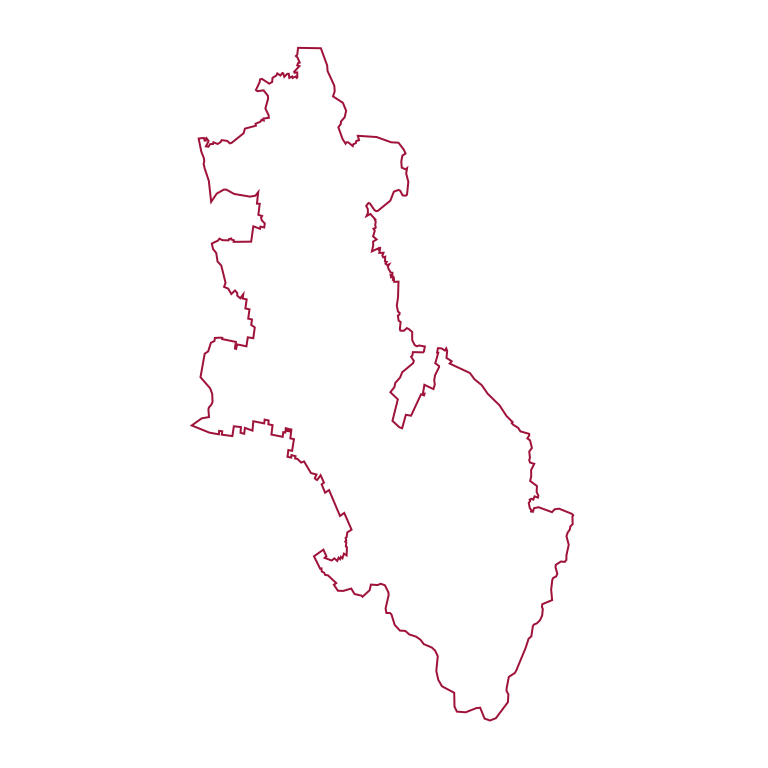 the district of Coyutla, Veracruz, Mexico, rotated 181°
{"feature_id": "50627088B32683374106398", "entity_name": "Coyutla", "entity_type": "district", "adm_level": 2, "iso_a3": "MEX", "parent_name": "Mexico", "parent_adm1": "Veracruz", "projection": "equal_earth", "projection_center": [-97.666, 20.334], "detail": "fine", "context": "isolated", "style": "outline", "palette": "rose", "viewbox_px": 768, "rotation_deg": 181, "n_neighbors": 0, "source": "geoboundaries", "source_scale": "gbopen_adm2", "svg_char_len": 6148}
<svg xmlns="http://www.w3.org/2000/svg" viewBox="0 0 768 768"><g transform="rotate(181 384 384)"><path d="M226.8,147.5L223.8,150.7L221.8,155.4L221.3,161.8L222.2,163.9L221.9,166.6L212.1,170.9L213.3,181.3L212.3,191.2L211.4,193.1L208.5,194.6L207.4,197.3L209.3,203.7L209.1,206.2L204.0,209.6L200.1,209.3L198.6,211.4L198.6,216.0L196.5,226.4L198.9,235.1L197.7,238.8L195.8,241.4L195.1,245.0L192.9,247.2L193.3,254.8L192.5,256.1L194.0,257.5L206.8,262.4L211.2,261.7L213.8,258.8L227.3,263.5L231.8,262.5L232.9,258.8L234.8,259.1L234.5,260.5L236.0,262.3L237.2,267.6L235.7,269.7L236.3,270.9L234.7,271.8L232.7,271.0L231.5,274.3L228.1,273.1L227.7,275.1L229.5,278.6L229.3,284.7L236.2,289.6L235.2,294.2L235.4,300.6L232.4,306.8L236.6,308.0L237.5,310.3L236.8,312.9L237.6,319.0L235.0,322.6L237.0,330.2L239.7,332.1L237.9,335.1L238.0,336.7L246.8,339.0L249.1,342.5L254.2,345.6L255.6,347.1L254.7,348.1L261.0,354.2L268.2,364.8L280.2,376.1L286.2,384.5L293.7,390.4L298.2,396.4L318.7,405.6L316.7,407.9L322.0,411.2L321.4,418.2L322.4,420.7L323.7,418.5L327.1,420.6L330.6,420.8L331.5,416.3L330.3,416.2L333.1,405.7L329.3,402.9L329.2,401.9L333.0,393.9L333.9,388.7L333.2,384.3L334.5,379.8L343.6,383.9L344.9,375.1L343.3,375.1L343.8,373.3L346.8,374.3L356.4,352.8L361.6,353.6L365.1,340.1L367.9,341.0L374.9,347.3L369.9,368.9L377.5,375.9L373.5,381.1L372.8,385.2L368.0,390.8L366.0,396.1L355.3,405.3L354.6,407.7L357.4,411.7L356.2,412.8L355.6,416.4L345.5,416.3L344.7,417.1L343.8,422.2L349.4,423.1L352.0,422.3L354.0,423.5L356.6,428.4L356.7,436.5L359.9,439.2L362.2,440.3L365.0,437.6L368.5,437.6L369.1,439.3L368.5,446.3L370.5,447.6L371.3,452.6L369.8,453.7L369.6,455.4L371.3,456.7L372.6,462.6L371.5,470.9L371.3,486.6L375.6,486.3L376.0,489.6L376.8,488.9L376.6,491.1L378.7,490.7L379.3,493.2L377.5,493.0L377.5,495.4L379.4,495.7L381.5,499.3L382.2,501.6L380.9,503.8L382.8,503.0L384.6,504.3L383.4,506.2L385.2,506.6L385.0,511.3L387.0,510.6L387.9,512.4L386.8,515.2L391.0,515.0L390.2,520.0L391.3,520.0L391.6,518.1L393.0,519.1L398.4,516.4L397.2,522.5L397.4,526.2L393.9,528.4L397.5,531.4L395.9,537.0L397.2,539.1L395.3,539.7L395.0,540.9L395.6,542.5L395.1,546.3L396.0,547.9L395.5,548.3L400.6,553.8L404.4,551.6L403.0,555.1L403.3,558.8L404.9,561.7L402.7,564.7L401.2,564.2L396.8,558.0L395.0,556.7L393.2,557.0L380.9,567.4L377.5,576.5L372.9,578.3L371.1,577.4L368.7,572.9L365.5,572.7L364.3,573.7L363.2,586.6L365.5,594.8L364.7,600.2L366.1,599.0L370.0,600.6L370.6,606.6L369.6,612.7L366.5,614.8L368.3,618.7L373.7,625.5L381.1,625.8L395.7,630.8L414.5,631.7L413.2,627.3L415.9,626.6L416.3,624.5L419.1,623.0L419.4,621.4L424.0,625.0L425.7,625.0L426.6,623.6L429.8,628.4L434.1,639.9L431.7,643.3L431.6,645.7L428.0,650.0L426.6,656.5L430.0,664.4L440.0,670.7L438.4,675.8L438.9,681.4L445.9,696.0L446.4,701.6L453.0,718.6L475.8,718.6L476.5,711.6L477.8,710.4L476.2,709.0L473.9,703.9L475.5,703.4L476.3,701.1L474.1,700.4L479.3,694.6L478.9,693.6L476.2,694.0L476.0,689.1L476.6,688.5L477.8,689.9L480.7,688.4L481.2,689.9L484.0,688.4L484.6,692.5L486.1,692.4L489.1,689.4L490.1,692.8L491.0,693.2L492.9,690.6L496.1,692.7L497.1,690.5L500.8,688.2L501.1,684.0L504.0,682.3L511.3,686.9L513.2,686.4L513.7,683.4L517.2,675.7L515.7,674.6L509.5,675.5L505.1,670.1L504.9,667.1L507.4,657.4L504.1,650.8L503.8,648.1L509.3,647.3L508.8,645.4L511.2,645.9L512.1,644.1L517.0,642.0L516.6,640.0L527.5,636.9L528.8,632.2L540.5,622.5L542.3,621.9L545.0,624.3L550.6,625.0L551.6,623.0L554.5,621.1L558.8,622.7L559.2,621.0L562.1,620.8L563.6,618.2L566.2,618.5L563.6,623.9L565.9,626.9L566.9,626.0L566.5,624.3L567.5,624.2L568.5,626.9L573.6,626.2L570.8,613.4L568.1,606.8L567.6,603.6L568.2,601.1L567.1,596.5L562.7,584.1L560.0,563.1L554.6,571.4L547.5,575.6L545.1,575.6L537.1,571.4L521.2,569.0L515.9,570.0L513.1,573.7L514.2,562.1L511.4,562.0L512.6,551.0L508.8,549.8L509.8,548.1L509.1,545.6L506.0,542.4L506.5,538.4L510.3,539.2L510.6,537.0L517.4,539.4L519.3,524.0L536.8,523.5L536.6,525.1L539.0,525.7L539.3,526.8L541.5,526.2L541.9,524.9L548.2,525.0L551.0,526.5L552.5,524.5L558.6,521.4L557.3,516.0L554.0,512.0L552.6,503.6L548.8,499.7L544.2,482.5L545.6,478.3L541.4,476.6L538.2,471.3L534.6,474.9L532.3,472.4L532.3,469.8L529.2,467.2L526.3,471.2L526.8,467.0L522.8,466.2L523.9,457.1L519.8,456.3L520.9,447.0L517.1,446.2L517.8,440.8L514.2,438.3L515.5,427.5L521.0,428.3L522.2,419.3L531.5,421.0L532.5,416.5L533.7,416.9L532.8,423.5L546.6,426.1L546.5,427.3L548.0,427.5L553.9,427.1L554.3,424.0L557.8,422.2L560.4,413.5L563.8,411.2L567.6,387.6L557.7,376.6L555.6,371.1L555.1,363.3L556.1,360.5L558.7,357.4L559.1,355.3L558.4,347.9L565.6,346.5L575.5,339.2L557.7,332.3L548.2,330.8L548.0,334.3L544.9,333.9L545.3,330.5L534.7,329.3L533.4,339.1L526.3,338.4L526.6,332.7L522.9,331.8L522.3,337.7L514.7,335.1L514.0,344.5L503.1,342.5L502.7,346.3L498.7,345.5L498.9,341.7L494.7,340.9L495.7,331.5L484.4,329.4L483.9,334.1L481.9,333.7L481.4,338.1L479.8,337.7L479.9,335.3L478.0,335.1L477.9,337.2L475.8,336.9L476.7,328.0L473.1,327.3L474.7,315.6L478.5,316.3L479.2,309.5L475.5,308.8L475.3,311.2L471.2,310.3L471.6,308.0L469.2,307.6L465.5,304.0L462.6,305.2L455.5,293.7L449.9,292.3L451.5,288.6L450.3,287.3L449.1,286.9L445.8,291.7L442.3,284.3L444.6,282.6L441.0,274.3L437.1,277.0L425.7,251.3L421.5,254.4L413.9,237.8L418.1,235.0L418.7,230.3L419.7,229.5L419.0,227.1L420.0,225.7L418.9,225.1L419.3,220.9L418.2,220.2L418.4,212.0L421.1,213.7L422.5,209.0L424.1,210.4L424.8,208.1L426.4,209.5L427.6,206.3L430.6,208.8L433.2,206.6L440.3,209.1L438.6,210.7L441.7,217.3L451.0,210.5L444.6,198.2L443.3,198.5L443.0,195.5L440.5,194.2L439.5,192.1L436.7,191.7L428.3,184.1L430.6,182.4L426.5,176.5L421.2,176.4L413.2,178.9L409.8,173.5L402.8,172.0L401.8,170.9L394.8,177.5L393.6,183.2L386.8,182.9L383.8,184.2L379.6,182.8L375.9,175.6L375.7,172.8L378.5,159.6L377.6,155.1L373.9,155.1L372.5,153.7L369.1,143.3L363.7,137.7L358.4,137.5L354.3,134.0L347.6,132.0L343.1,129.0L339.7,124.6L331.7,121.4L328.3,118.4L325.5,112.8L326.7,98.0L324.6,89.3L320.8,82.8L308.4,76.5L307.9,62.7L305.4,57.7L296.6,57.2L285.9,61.6L282.2,62.0L277.6,51.2L272.1,49.4L266.3,51.8L254.6,68.0L254.2,75.8L256.1,79.2L256.1,81.8L254.1,93.3L248.0,97.5L246.6,100.3L237.7,122.8L235.0,131.8L232.3,134.2L230.9,144.6L229.9,146.1L226.8,147.5Z" fill="none" stroke="#9f1239" stroke-width="2"/></g></svg>